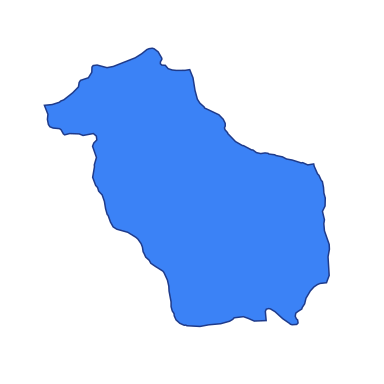 outline of Quezaltepeque, Chiquimula, Guatemala, rotated 80°
{"feature_id": "79465075B70587573094312", "entity_name": "Quezaltepeque", "entity_type": "district", "adm_level": 2, "iso_a3": "GTM", "parent_name": "Guatemala", "parent_adm1": "Chiquimula", "projection": "albers", "projection_center": [-89.461, 14.613], "detail": "fine", "context": "isolated", "style": "filled", "palette": "blue", "viewbox_px": 384, "rotation_deg": 80, "n_neighbors": 0, "source": "geoboundaries", "source_scale": "gbopen_adm2", "svg_char_len": 2285}
<svg xmlns="http://www.w3.org/2000/svg" viewBox="0 0 384 384"><g transform="rotate(80 192 192)"><path d="M242.4,250.5L244.1,249.9L248.1,248.9L251.8,246.0L255.1,244.9L259.0,240.9L264.8,234.5L266.0,233.8L267.2,233.4L274.5,231.5L280.8,231.2L285.6,231.8L296.6,231.7L301.3,232.5L305.7,232.1L308.6,230.8L310.9,231.0L315.2,229.9L319.2,226.8L321.9,222.8L322.0,221.2L322.8,220.3L325.8,207.5L325.7,198.6L326.7,186.6L325.8,177.4L324.5,174.0L323.2,172.3L323.7,163.0L326.2,158.6L329.9,153.1L331.5,141.3L322.3,140.5L320.3,139.2L320.1,136.8L320.7,135.1L324.3,131.0L332.6,124.6L338.1,119.0L339.3,118.0L340.1,116.5L340.6,111.9L339.4,110.3L336.3,110.2L335.1,111.2L332.4,111.9L329.4,110.9L328.1,108.6L326.3,104.2L324.9,103.5L321.7,100.5L316.4,98.2L310.0,92.7L306.6,88.3L304.9,84.5L304.3,81.8L304.7,75.3L302.6,74.1L298.0,71.4L279.5,69.3L272.2,66.6L267.4,66.0L253.3,68.3L246.1,67.7L242.4,66.4L233.7,66.9L228.9,63.4L221.1,61.8L215.9,62.3L210.3,61.7L204.3,61.8L203.0,62.7L197.6,64.1L196.0,65.2L187.9,67.2L185.5,67.3L185.4,73.3L182.3,77.9L182.3,79.4L177.9,87.8L175.9,93.2L173.1,96.8L170.6,103.1L169.7,104.0L168.0,109.6L167.1,110.4L166.2,113.3L166.1,117.7L164.4,121.7L161.2,124.7L160.8,126.2L155.3,133.2L155.0,134.3L149.9,140.4L140.7,146.6L139.7,146.7L136.4,148.7L134.5,148.9L132.8,147.8L130.1,147.4L125.8,148.6L120.6,152.1L118.5,155.1L111.4,165.1L110.3,165.3L105.9,168.8L101.6,170.6L92.4,171.4L79.7,171.2L71.1,173.0L71.0,177.8L69.5,186.5L68.4,190.3L66.4,194.1L62.6,196.3L61.8,199.7L60.2,200.9L58.3,200.5L56.2,198.7L55.0,198.5L48.1,201.0L44.3,204.5L43.5,206.2L43.4,209.4L43.9,211.7L47.1,217.5L50.0,224.7L54.7,247.7L54.8,254.1L50.5,263.4L50.3,267.4L51.6,268.8L56.7,269.9L61.5,274.2L62.7,282.4L64.5,284.1L68.8,285.6L73.6,292.3L79.0,302.3L79.6,305.4L80.6,307.1L81.6,314.6L81.0,322.3L90.5,320.4L95.4,321.8L100.6,321.7L103.1,320.6L104.9,317.7L106.6,311.5L108.0,310.1L112.4,308.6L113.6,307.5L113.2,302.4L115.2,293.0L117.4,289.5L117.3,279.0L120.3,276.5L124.2,276.7L126.7,280.2L129.7,282.0L141.4,280.1L148.3,283.5L150.3,283.7L160.3,287.3L168.9,285.7L171.2,284.2L174.8,283.8L177.1,282.4L179.2,281.0L186.0,279.9L193.5,280.0L199.5,279.4L200.4,278.7L207.5,277.5L212.7,275.7L215.6,272.5L220.5,262.3L226.9,255.1L228.9,253.5L234.0,251.1L237.6,250.4L242.4,250.5Z" fill="#3b82f6" stroke="#1e3a8a" stroke-width="1.5"/></g></svg>